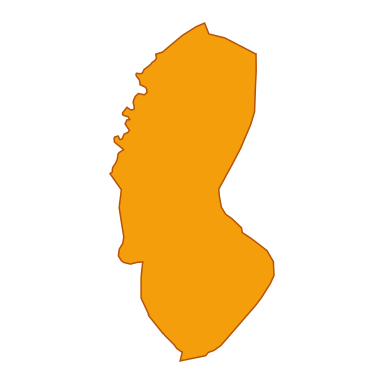 the district of Yarwein Mehnsonnoh, Nimba, Liberia
{"feature_id": "62588387B90260404265556", "entity_name": "Yarwein Mehnsonnoh", "entity_type": "district", "adm_level": 2, "iso_a3": "LBR", "parent_name": "Liberia", "parent_adm1": "Nimba", "projection": "albers", "projection_center": [-9.092, 6.596], "detail": "fine", "context": "isolated", "style": "filled", "palette": "amber", "viewbox_px": 384, "rotation_deg": 0, "n_neighbors": 0, "source": "geoboundaries", "source_scale": "gbopen_adm2", "svg_char_len": 2452}
<svg xmlns="http://www.w3.org/2000/svg" viewBox="0 0 384 384"><path d="M110.0,173.7L114.8,180.4L116.4,182.8L121.3,189.7L120.6,196.1L119.7,203.0L119.2,207.9L119.5,209.8L120.5,216.3L123.7,236.4L123.7,237.5L122.8,243.3L119.3,249.1L119.3,249.4L118.5,254.6L118.5,254.9L118.5,256.1L121.2,260.4L121.9,261.2L124.2,262.6L130.5,264.1L134.0,263.2L137.1,262.4L142.7,261.9L141.5,273.3L141.2,276.7L141.1,277.3L141.1,293.0L141.1,298.1L148.8,314.5L148.4,314.8L149.1,316.2L162.5,333.0L162.9,333.6L163.4,333.5L164.8,335.4L171.5,342.1L174.6,345.3L176.6,348.3L181.3,351.7L182.3,352.1L180.1,361.0L181.6,360.6L205.1,355.8L205.6,355.7L208.4,352.4L214.0,350.4L220.8,345.5L225.2,340.5L240.7,322.6L243.1,319.8L252.2,309.3L255.2,305.9L261.4,297.7L261.8,297.1L270.4,283.4L271.4,281.2L271.5,281.0L272.7,278.3L273.8,275.9L274.0,275.4L273.6,266.9L273.4,261.7L273.0,261.0L268.8,253.8L267.6,251.7L266.9,250.5L251.1,238.4L242.3,232.6L241.5,227.8L235.1,221.7L231.7,218.5L225.7,214.3L223.7,211.1L221.3,207.0L221.2,206.1L221.1,205.7L219.4,196.5L218.9,191.0L218.9,188.8L223.9,179.7L226.0,175.7L231.2,166.3L240.4,148.8L245.6,136.5L249.1,128.3L250.8,124.2L254.6,111.6L254.6,110.2L255.4,87.7L255.6,83.2L256.2,70.7L256.0,53.8L255.4,53.8L243.9,47.8L241.4,46.5L239.6,45.6L234.5,42.9L224.7,37.9L208.9,34.0L204.6,23.0L196.1,26.7L192.8,28.8L182.5,35.3L178.7,38.5L169.0,46.6L162.5,52.1L155.7,54.2L156.2,56.9L156.5,57.9L156.2,58.8L154.9,60.5L154.3,61.0L152.4,62.2L151.0,63.9L150.7,64.3L148.2,66.4L144.1,69.5L142.4,73.0L140.1,73.8L138.4,73.5L136.8,73.2L136.5,73.4L136.1,73.8L136.1,75.3L136.3,75.9L139.4,80.1L139.5,80.7L140.1,84.7L140.5,84.6L140.6,84.9L142.1,85.7L144.1,86.6L145.5,87.3L145.7,87.6L146.0,88.2L146.7,89.4L146.7,90.8L147.2,92.4L145.9,93.5L144.3,94.8L143.8,94.7L138.3,93.5L135.2,96.5L133.8,99.8L133.1,102.2L134.0,105.7L134.3,108.8L132.8,109.8L130.2,109.8L130.1,109.7L128.5,108.4L127.0,107.3L126.6,107.7L122.7,112.8L122.6,113.4L122.5,114.3L123.3,115.3L127.8,116.7L128.1,116.8L129.8,119.7L129.7,119.8L127.7,119.8L127.0,119.8L125.5,123.0L125.1,123.9L129.4,130.5L128.1,132.2L126.3,133.1L124.2,134.1L122.4,138.2L122.1,139.0L121.0,139.3L119.9,139.6L119.3,138.4L118.2,136.0L114.9,136.9L114.2,138.1L114.0,138.4L114.3,140.6L114.4,141.8L114.7,142.0L114.7,142.3L123.6,149.6L123.5,149.8L121.2,151.2L119.5,152.3L118.6,153.2L118.1,153.7L117.7,156.7L117.2,159.6L115.6,163.1L115.2,163.8L112.6,167.6L112.2,172.0L111.2,172.8L110.3,173.4L110.0,173.7Z" fill="#f59e0b" stroke="#b45309" stroke-width="1.5"/></svg>